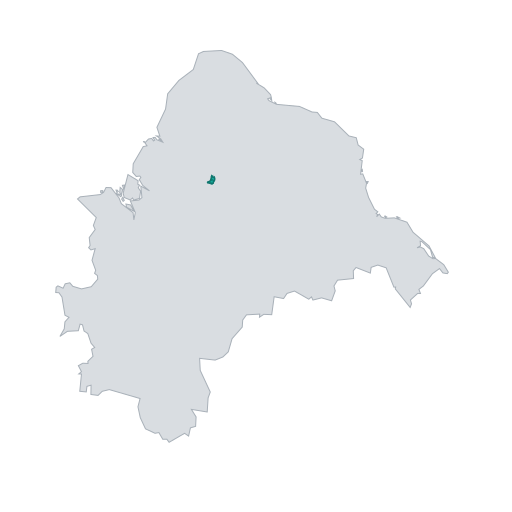 Itacajá, Tocantins, Brazil (highlighted), rotated 279°
{"feature_id": "56859067B1314671145459", "entity_name": "Itacajá", "entity_type": "district", "adm_level": 2, "iso_a3": "BRA", "parent_name": "Brazil", "parent_adm1": "Tocantins", "projection": "albers", "projection_center": [-47.679, -8.502], "detail": "fine", "context": "in_parent", "style": "filled", "palette": "teal", "viewbox_px": 512, "rotation_deg": 279, "n_neighbors": 0, "source": "geoboundaries", "source_scale": "gbopen_adm2", "svg_char_len": 5452}
<svg xmlns="http://www.w3.org/2000/svg" viewBox="0 0 512 512"><g transform="rotate(279 256 256)"><path d="M125.7,106.4L131.4,110.7L138.2,108.2L140.4,111.0L144.1,106.7L153.1,102.0L155.0,97.9L160.9,95.4L161.2,92.9L154.4,92.2L152.1,81.5L145.9,74.9L154.0,78.0L161.1,77.6L166.2,80.9L167.6,76.6L185.1,70.8L188.9,67.1L188.6,63.9L193.9,63.5L195.5,65.0L194.0,70.5L198.7,71.9L200.4,76.3L197.4,79.8L196.2,88.8L199.9,98.1L208.4,103.3L211.9,102.4L213.6,99.3L216.8,99.9L226.1,94.7L238.1,96.0L236.2,92.0L238.0,89.4L240.4,90.5L248.1,88.4L257.0,93.0L260.7,90.6L269.0,92.2L284.4,70.8L286.9,73.0L292.3,92.5L295.0,95.5L300.2,97.2L300.8,102.1L292.0,111.6L286.6,114.8L279.6,127.8L272.6,129.7L280.0,130.0L290.7,123.3L292.9,131.6L295.8,134.2L307.0,131.3L303.7,140.6L308.0,133.1L313.1,128.8L315.7,130.0L316.8,128.7L315.8,125.3L319.2,121.2L327.9,120.3L346.4,127.5L347.8,131.1L350.4,128.6L354.7,131.5L355.8,134.6L353.6,136.7L354.5,137.8L356.9,135.8L357.4,137.8L355.3,139.9L353.8,146.2L356.8,143.6L359.0,138.9L359.3,142.3L367.6,138.0L387.0,143.7L402.4,143.4L417.4,152.4L430.4,164.9L446.8,167.6L449.8,172.1L453.6,189.8L451.6,201.1L444.9,212.4L426.8,230.8L426.8,229.3L423.3,237.8L417.6,245.2L415.0,246.3L413.1,242.9L411.5,244.5L409.0,252.6L410.5,275.6L407.0,288.8L407.4,294.1L402.4,299.5L400.8,312.6L389.1,329.0L388.5,336.5L381.6,339.5L378.3,345.7L369.4,345.8L367.5,343.4L366.8,346.0L353.1,346.5L353.8,348.6L345.1,353.8L340.2,353.7L331.5,358.0L320.7,365.7L318.7,369.4L316.7,368.0L316.0,369.7L313.6,369.0L316.7,371.2L314.2,373.6L313.4,377.7L315.3,386.6L313.0,399.8L304.0,407.4L293.0,425.3L282.4,433.3L282.2,430.7L289.6,427.3L296.1,417.6L296.3,415.8L291.9,416.9L289.3,413.8L290.6,416.9L289.5,420.5L283.0,426.5L281.0,431.2L281.6,433.8L276.8,442.8L270.1,448.5L268.5,447.7L268.5,443.3L272.3,439.2L266.1,433.0L252.6,426.0L248.5,422.1L244.7,424.3L244.3,421.5L236.7,415.4L233.1,417.1L229.3,416.3L245.3,398.7L247.2,398.8L246.8,397.1L264.7,386.4L266.1,377.7L262.8,371.5L257.0,371.6L260.3,356.6L256.6,354.4L249.0,355.9L244.9,340.3L238.6,337.7L233.9,339.7L223.6,337.7L224.9,327.3L221.4,319.1L224.3,317.2L221.6,314.9L227.4,299.5L223.9,292.5L218.3,289.9L218.6,280.3L200.5,280.7L199.6,272.8L196.1,269.0L199.2,268.8L196.4,255.8L190.7,252.9L183.6,253.5L170.6,245.3L157.0,243.6L151.1,239.1L146.8,231.9L146.1,216.3L134.3,218.8L114.5,232.1L108.4,230.9L94.3,232.2L94.4,216.2L87.7,222.0L78.3,223.0L76.0,218.1L67.6,217.6L69.7,213.2L58.4,199.3L61.1,196.6L60.4,192.6L66.4,187.7L65.1,184.0L68.0,173.9L78.2,167.0L88.6,163.0L97.1,163.8L101.1,132.0L98.3,125.3L93.6,121.8L93.4,114.6L102.6,113.3L100.8,109.4L95.2,109.6L94.8,103.1L112.1,102.1L111.8,99.4L114.5,101.7L119.9,97.7L123.0,101.7L123.6,106.9L125.7,106.4ZM297.3,115.0L316.4,116.8L311.9,127.8L308.4,128.0L307.8,129.9L305.0,129.0L301.9,131.9L294.7,131.9L292.1,126.4L294.0,125.0L291.7,123.0L293.2,116.6L297.3,115.0ZM281.1,128.4L284.0,120.5L287.0,119.4L286.8,124.2L281.1,128.4ZM302.5,111.1L300.7,114.1L296.3,113.4L297.0,111.5L302.5,111.1ZM295.9,107.9L295.3,113.9L293.4,113.3L295.9,107.9ZM305.5,114.9L302.8,115.3L301.6,114.8L304.9,113.0L305.5,114.9ZM293.1,115.2L290.3,117.2L289.2,116.2L291.2,114.4L293.1,115.2ZM298.2,109.9L296.9,108.7L299.2,107.4L299.4,108.6L298.2,109.9ZM296.6,94.4L295.0,94.7L294.6,92.5L296.2,92.4L296.6,94.4ZM316.0,392.1L315.4,390.3L316.6,388.6L317.0,389.1L316.0,392.1ZM346.7,353.0L347.1,355.1L345.2,354.7L346.7,353.0ZM315.0,379.0L314.2,377.9L315.4,376.8L315.8,377.2L315.0,379.0ZM356.3,142.3L355.1,144.6L356.3,141.3L356.3,142.3ZM414.0,246.6L412.1,247.2L413.3,245.5L414.0,246.6ZM358.1,347.4L356.2,348.0L355.8,347.6L357.0,346.7L358.1,347.4ZM410.8,250.7L410.1,251.9L409.7,251.1L410.8,250.7ZM351.4,126.6L351.5,127.9L350.9,127.7L351.4,126.6Z" fill="#d9dde1" stroke="#a8b0b8" stroke-width="1"/><path d="M326.2,203.1L326.5,202.9L326.6,202.7L326.8,202.7L327.0,202.7L327.5,202.4L327.4,202.3L327.3,202.2L327.3,201.9L327.3,201.7L327.2,201.6L327.3,201.4L327.2,201.4L327.3,201.2L327.4,200.9L327.5,200.8L327.5,200.7L327.7,200.4L327.8,200.4L327.7,200.3L327.8,200.3L327.9,200.2L327.9,199.9L328.0,199.8L327.9,199.8L328.0,199.8L328.0,199.7L327.9,199.7L327.7,199.6L327.4,199.5L327.2,199.6L326.9,199.7L326.7,199.7L326.4,199.7L326.4,199.8L326.3,199.7L326.2,199.8L325.9,199.8L325.7,199.8L325.7,199.7L325.4,199.5L325.2,199.5L324.9,199.6L324.8,199.4L324.7,199.4L324.4,199.3L324.2,199.3L323.9,199.4L323.7,199.4L323.7,199.5L323.6,199.4L323.5,199.5L323.4,199.5L323.4,199.4L323.4,199.5L323.3,199.4L323.2,199.2L322.9,198.9L322.7,198.7L322.7,198.8L322.5,198.7L322.5,198.4L322.4,198.3L322.3,198.2L322.2,198.1L322.1,197.9L322.0,197.6L321.8,197.4L321.7,197.3L321.8,197.3L321.8,197.2L321.7,197.1L321.6,196.9L321.5,196.7L321.4,196.7L321.2,196.7L320.9,196.7L320.8,196.8L320.7,196.9L320.7,197.0L320.8,197.3L320.9,197.7L320.8,197.8L320.9,198.0L321.0,198.1L320.9,198.2L320.8,198.3L320.7,198.3L320.6,198.5L320.7,199.0L320.8,199.2L321.0,199.5L320.9,199.6L320.9,199.8L320.7,200.0L320.7,200.3L320.8,200.4L320.8,200.5L321.0,200.7L321.0,200.8L320.9,200.9L320.8,201.0L320.7,201.0L320.4,201.0L320.2,201.2L320.2,201.3L320.3,201.4L320.3,201.5L320.3,201.4L320.4,201.5L320.5,201.5L320.8,201.7L321.0,201.8L321.2,202.1L321.2,202.3L321.3,202.3L321.5,202.4L321.8,202.4L322.0,202.4L322.3,202.3L322.5,202.4L322.8,202.3L323.0,202.3L323.7,202.0L323.5,202.3L323.5,202.5L323.6,202.8L323.6,203.0L323.8,203.0L324.0,203.1L324.3,203.1L324.5,203.1L324.8,203.3L325.0,203.3L325.2,203.2L325.3,203.1L325.5,203.0L325.8,203.0L326.0,203.1L326.2,203.1Z" fill="#14b8a6" stroke="#0f766e" stroke-width="1.5"/></g></svg>